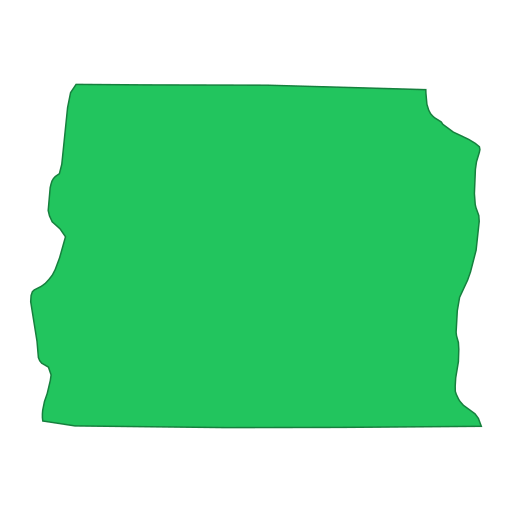 the Federal District of Distrito Federal
{"feature_id": "BRA-599", "entity_name": "Distrito Federal", "entity_type": "Federal District", "adm_level": 1, "iso_a3": "BRA", "parent_name": "Brazil", "parent_adm1": "", "projection": "equal_earth", "projection_center": [-47.783, -15.766], "detail": "fine", "context": "isolated", "style": "filled", "palette": "green", "viewbox_px": 512, "rotation_deg": 0, "n_neighbors": 0, "source": "natural_earth", "source_scale": "10m", "svg_char_len": 1117}
<svg xmlns="http://www.w3.org/2000/svg" viewBox="0 0 512 512"><path d="M76.1,84.4L144.9,84.9L267.1,85.2L425.8,89.7L425.9,93.1L426.9,104.3L428.7,110.1L430.5,113.6L432.5,115.9L434.5,117.7L441.3,122.0L442.8,124.3L453.3,132.1L468.7,139.4L475.3,143.4L479.4,146.8L479.9,149.6L479.3,152.5L476.5,161.7L475.4,169.3L474.4,193.5L475.2,204.4L475.9,207.5L478.8,215.6L479.2,221.4L476.1,250.2L470.5,271.9L467.6,280.1L459.6,297.3L457.3,310.7L456.1,332.3L456.5,335.7L458.4,342.5L458.8,349.4L458.4,361.7L455.7,377.8L455.2,386.1L455.3,391.4L456.3,394.4L458.6,399.2L459.9,401.3L463.4,405.3L475.0,413.8L478.4,418.4L481.3,426.3L340.9,427.4L225.8,427.6L74.9,425.9L42.8,421.0L42.4,417.6L42.4,413.9L42.7,410.2L44.5,401.4L47.2,393.6L50.3,380.6L51.1,374.9L48.4,367.1L41.7,363.2L39.7,360.7L38.4,357.6L37.0,341.2L30.7,301.7L31.1,295.5L32.4,291.7L34.3,289.9L41.2,286.4L45.3,283.4L49.0,279.4L52.4,275.0L55.2,269.6L59.6,257.8L65.5,236.8L60.1,228.9L52.2,221.8L49.5,215.9L48.2,210.5L50.2,187.6L51.0,184.2L52.0,181.0L53.5,178.5L55.3,176.5L59.4,173.7L61.8,164.2L67.6,107.5L70.6,92.6L76.1,84.4Z" fill="#22c55e" stroke="#15803d" stroke-width="1.5"/></svg>